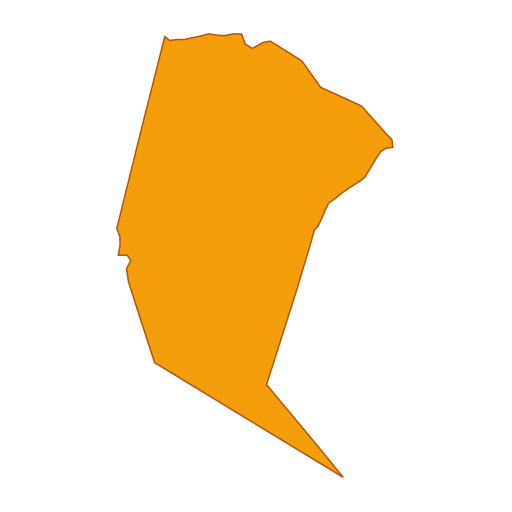 Cruz do Espírito Santo, Paraíba, Brazil (Natural Earth projection), rotated 179°
{"feature_id": "56859067B4098892245572", "entity_name": "Cruz do Espírito Santo", "entity_type": "district", "adm_level": 2, "iso_a3": "BRA", "parent_name": "Brazil", "parent_adm1": "Paraíba", "projection": "natural_earth1", "projection_center": [-35.118, -7.129], "detail": "fine", "context": "isolated", "style": "filled", "palette": "amber", "viewbox_px": 512, "rotation_deg": 179, "n_neighbors": 0, "source": "geoboundaries", "source_scale": "gbopen_adm2", "svg_char_len": 888}
<svg xmlns="http://www.w3.org/2000/svg" viewBox="0 0 512 512"><g transform="rotate(179 256 256)"><path d="M343.4,476.9L370.9,375.4L394.7,285.9L391.7,277.7L391.7,269.4L393.6,259.1L384.9,259.1L381.1,253.9L385.6,245.9L384.0,232.7L373.0,196.2L359.2,151.1L172.6,33.1L197.5,64.7L207.7,77.5L231.6,107.1L247.7,127.3L226.0,191.4L216.3,220.2L200.6,269.4L197.3,280.8L193.2,285.2L189.8,292.1L186.3,300.1L182.2,307.9L175.6,312.2L167.9,318.3L161.1,322.7L156.1,325.8L150.4,329.3L145.7,333.1L140.7,341.0L137.4,346.2L133.8,352.0L129.4,358.3L124.4,361.3L117.3,362.3L118.1,369.9L124.1,376.4L148.0,404.2L175.6,417.4L188.4,423.5L206.8,450.3L238.0,470.6L245.8,469.2L250.9,466.2L256.0,463.7L263.0,467.9L266.6,478.2L274.9,478.5L283.8,476.9L291.6,477.6L299.5,478.9L304.9,477.6L311.1,476.1L317.7,475.1L323.6,473.7L331.5,473.8L338.5,473.0L343.4,476.9Z" fill="#f59e0b" stroke="#b45309" stroke-width="1.5"/></g></svg>